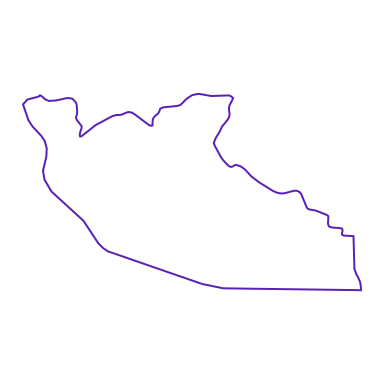 SVG path tracing the border of Shiselweni
{"feature_id": "SWZ-537", "entity_name": "Shiselweni", "entity_type": "District", "adm_level": 1, "iso_a3": "SWZ", "parent_name": "eSwatini", "parent_adm1": "", "projection": "mercator", "projection_center": [31.425, -27.036], "detail": "fine", "context": "isolated", "style": "outline", "palette": "violet", "viewbox_px": 384, "rotation_deg": 0, "n_neighbors": 0, "source": "natural_earth", "source_scale": "10m", "svg_char_len": 1880}
<svg xmlns="http://www.w3.org/2000/svg" viewBox="0 0 384 384"><path d="M135.2,260.8L107.8,251.3L103.1,248.1L98.3,243.3L83.4,220.7L51.4,191.5L44.4,179.4L43.0,170.6L46.3,156.9L46.7,148.2L44.8,141.2L41.5,136.1L32.6,126.6L28.4,120.2L23.0,104.3L27.5,99.5L37.9,96.8L39.3,96.1L39.7,95.4L40.4,95.4L41.8,96.3L45.2,99.3L48.8,100.9L55.9,100.5L66.8,98.1L69.6,98.1L72.5,98.8L75.2,101.6L76.2,103.2L76.7,105.2L77.1,110.2L77.1,113.2L76.6,115.6L76.0,117.2L76.2,118.6L77.1,120.3L81.5,126.0L81.7,127.4L81.4,128.7L80.2,132.0L79.9,133.9L79.7,135.6L80.2,136.5L81.6,136.2L95.5,125.2L112.2,116.2L116.3,115.0L119.8,115.0L122.5,114.4L125.3,113.0L128.3,112.0L131.9,112.6L135.1,114.6L149.3,125.3L151.4,125.8L152.4,125.5L152.7,120.7L152.9,119.2L153.7,117.6L154.9,116.1L157.8,113.8L158.9,112.2L159.6,110.7L159.9,109.3L161.0,108.3L163.1,107.4L177.7,105.9L180.6,104.8L183.2,102.3L185.1,100.2L187.2,98.4L192.2,95.1L198.6,93.8L211.2,96.0L229.2,95.4L231.4,96.5L233.1,98.1L232.1,100.4L229.6,105.2L229.0,107.6L229.0,110.3L229.7,114.4L229.0,117.2L227.5,119.9L221.9,126.8L219.8,131.4L215.9,137.8L214.8,140.1L213.8,143.1L214.7,145.6L221.1,157.4L222.8,159.8L226.9,164.3L229.1,166.2L230.9,166.9L232.7,166.5L234.5,165.3L236.1,164.9L238.3,165.6L240.2,166.1L242.7,167.7L245.7,170.2L251.2,176.3L258.9,182.2L272.9,190.9L275.8,192.2L278.6,193.1L281.7,193.5L284.7,193.2L293.8,190.8L296.4,190.7L299.3,191.8L301.2,194.0L306.9,207.8L308.6,209.2L311.1,209.8L314.0,210.2L317.0,211.0L326.9,215.0L328.0,215.8L328.4,216.9L328.0,223.0L328.2,224.5L329.0,226.4L331.0,227.2L333.6,227.7L339.0,228.0L341.6,228.4L342.4,229.3L342.5,230.8L342.1,232.6L342.0,234.6L343.0,235.3L344.3,235.6L353.3,236.1L353.5,236.2L353.7,242.8L354.4,268.8L356.2,274.0L358.3,277.8L359.9,281.5L360.8,285.5L361.0,290.2L333.0,289.8L303.0,289.4L257.6,288.8L223.1,288.3L202.2,284.0L170.1,272.9L146.2,264.6L135.2,260.8Z" fill="none" stroke="#5b21b6" stroke-width="2"/></svg>